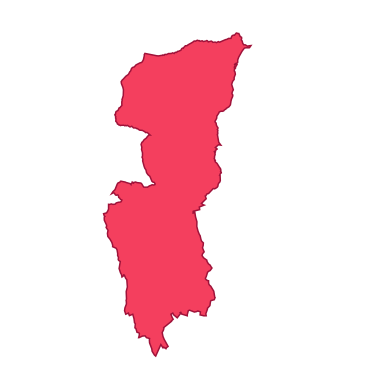 outline of Covasna, Covasna, Romania, rotated 253°
{"feature_id": "2599482B78914670326666", "entity_name": "Covasna", "entity_type": "district", "adm_level": 2, "iso_a3": "ROU", "parent_name": "Romania", "parent_adm1": "Covasna", "projection": "albers", "projection_center": [26.263, 45.799], "detail": "fine", "context": "isolated", "style": "filled", "palette": "rose", "viewbox_px": 384, "rotation_deg": 253, "n_neighbors": 0, "source": "geoboundaries", "source_scale": "gbopen_adm2", "svg_char_len": 6055}
<svg xmlns="http://www.w3.org/2000/svg" viewBox="0 0 384 384"><g transform="rotate(253 192 192)"><path d="M314.8,291.2L315.2,289.0L315.0,288.0L317.2,285.9L317.6,284.6L319.3,284.0L321.8,284.1L323.1,283.6L324.6,284.5L325.5,284.6L326.5,283.6L329.9,283.1L330.1,282.3L331.0,281.2L331.0,280.7L329.5,278.4L329.9,277.6L329.8,276.2L328.7,275.0L327.5,274.2L328.2,271.8L327.8,270.2L327.9,268.5L327.2,262.1L328.1,261.2L327.7,259.0L328.6,258.0L329.0,255.7L330.0,255.2L330.7,254.5L330.8,251.4L331.9,251.1L332.5,250.5L332.3,249.4L332.6,246.8L333.6,246.0L333.8,243.8L334.6,243.3L334.9,242.3L335.6,241.4L335.2,239.4L335.6,238.8L335.7,238.0L335.0,236.3L333.9,231.2L333.4,229.9L333.8,228.4L332.4,226.0L332.0,225.7L332.4,224.9L332.0,224.0L330.8,222.8L330.5,220.2L330.7,219.2L330.0,218.1L330.4,217.2L330.4,216.6L329.7,215.4L330.7,214.3L330.5,212.3L330.9,211.7L331.0,210.6L331.3,210.0L330.9,208.1L331.5,206.3L330.9,205.2L331.6,204.3L331.3,203.7L331.6,202.6L331.9,199.9L332.5,198.3L338.3,187.5L337.3,186.5L336.2,186.2L332.6,184.1L331.0,182.4L330.6,181.4L330.7,180.0L329.9,175.6L328.5,173.4L328.5,171.9L328.3,171.1L327.6,170.1L325.7,168.7L325.0,167.5L323.4,166.0L322.9,165.2L322.1,162.7L319.9,159.0L319.6,158.2L318.2,156.5L316.2,156.2L312.3,156.5L309.7,156.3L304.2,154.4L300.7,152.0L300.0,152.0L298.7,151.2L295.2,150.2L294.4,148.6L293.7,148.0L293.8,147.0L291.6,145.0L291.2,143.1L290.7,142.5L288.9,141.6L288.7,141.0L288.1,141.2L287.7,140.8L286.1,141.1L285.2,140.5L284.3,140.7L281.9,139.8L280.5,140.5L278.8,140.6L278.1,141.5L277.4,141.7L277.0,142.6L276.5,142.9L276.5,143.6L275.8,146.3L274.9,147.2L275.1,148.0L274.5,148.7L274.6,149.7L272.4,151.6L272.3,152.2L272.5,153.4L272.4,153.7L270.4,154.8L269.7,156.9L268.8,157.6L268.5,158.5L267.6,159.0L266.4,160.1L265.4,162.6L263.4,164.5L262.4,165.0L262.0,166.6L258.7,168.6L259.1,167.3L257.5,164.7L257.0,164.3L256.0,161.5L254.4,159.5L254.2,158.7L252.4,157.2L249.5,157.1L247.4,156.2L243.9,156.1L240.7,155.1L240.0,154.4L238.9,154.6L237.0,154.4L236.3,153.9L230.6,153.7L228.6,153.8L226.5,154.4L223.8,154.2L221.5,154.9L219.3,156.3L214.0,156.8L212.7,157.7L212.6,158.2L212.2,158.7L211.5,158.9L210.7,159.1L209.9,158.7L209.9,157.3L210.6,155.9L210.4,155.2L210.3,153.0L209.6,150.7L210.0,149.8L210.3,148.5L210.9,147.2L214.5,146.3L215.5,145.7L217.2,141.9L218.0,141.1L218.1,139.7L217.6,138.6L218.7,138.2L219.0,137.7L218.0,137.1L217.6,136.1L217.0,135.8L218.1,135.3L220.4,131.7L221.0,131.1L223.2,127.1L223.1,126.6L222.3,125.7L222.4,124.5L222.2,123.7L221.3,122.7L216.8,119.1L215.5,116.6L213.9,114.7L214.2,116.3L213.9,117.0L213.5,117.4L211.5,118.0L211.0,118.8L211.0,119.8L210.8,120.3L209.2,120.5L208.2,120.3L207.4,121.0L205.8,121.5L204.9,122.6L204.5,122.4L203.4,121.3L203.4,119.9L203.7,118.7L203.7,116.3L203.0,115.3L202.9,114.5L203.3,112.7L204.2,111.3L204.2,109.4L204.6,108.6L200.1,107.2L198.7,106.1L197.0,104.2L197.1,101.1L195.0,101.1L194.1,101.5L194.0,101.1L193.0,100.5L190.6,99.9L185.4,100.6L184.4,100.4L183.2,99.5L179.9,100.5L177.1,99.0L174.0,98.5L170.8,99.8L167.2,100.6L164.3,100.6L162.9,100.1L160.4,103.0L158.6,103.4L154.7,102.9L153.0,102.3L151.1,102.6L148.9,101.7L148.0,101.9L146.5,103.1L140.1,99.9L135.6,100.0L133.6,100.4L131.2,100.2L131.6,101.5L132.7,102.4L132.3,103.0L129.1,103.3L127.1,104.0L120.0,102.4L116.1,100.0L108.9,98.1L107.3,97.2L106.5,97.2L104.0,96.5L100.8,94.0L98.2,92.8L94.5,92.9L94.8,95.8L92.1,96.0L92.4,99.6L87.8,99.5L83.8,98.8L82.6,99.3L78.8,97.7L77.9,98.4L73.9,98.4L73.0,99.9L72.1,100.3L70.3,99.6L68.3,98.4L68.2,98.8L68.7,102.4L68.2,105.0L66.0,105.9L64.3,108.6L63.1,108.0L60.1,107.3L53.9,107.7L51.3,107.3L47.1,108.4L45.7,109.3L55.2,117.6L51.6,118.6L51.9,119.5L51.3,119.7L51.4,119.9L51.0,120.1L50.6,120.9L49.8,121.3L50.6,122.1L51.3,124.0L59.2,122.3L62.4,122.0L66.3,122.4L68.4,124.4L70.2,125.4L70.6,125.3L74.3,134.5L74.6,134.4L75.8,136.8L77.9,136.3L81.3,136.1L81.8,138.2L80.0,138.5L76.0,141.1L79.3,145.7L80.1,145.4L80.2,146.1L78.3,146.4L75.0,151.3L76.1,151.6L79.6,153.8L79.7,155.1L76.5,159.2L76.3,161.5L76.5,162.8L74.9,165.0L72.1,163.8L70.1,167.2L69.5,169.4L71.5,169.6L75.3,172.4L76.3,172.8L78.1,175.9L82.1,177.8L82.6,178.4L82.5,181.8L84.3,183.2L84.6,183.0L90.8,183.8L96.4,182.4L97.8,181.5L98.8,181.2L100.2,181.3L102.3,181.9L102.6,181.2L103.7,180.1L105.0,179.5L105.8,179.7L106.8,180.8L110.7,183.4L111.3,184.7L111.6,186.4L113.4,188.8L114.0,188.8L114.6,188.4L116.7,188.0L118.5,186.7L121.5,186.0L122.4,186.3L125.6,183.9L128.2,183.0L129.8,184.0L131.2,186.1L135.5,185.7L137.7,187.1L140.0,188.0L142.2,186.8L144.1,186.7L147.9,187.0L149.3,186.6L152.8,186.3L157.6,186.5L162.1,188.0L167.1,188.1L171.4,188.7L171.5,186.9L172.8,187.3L172.9,188.6L173.2,188.4L172.9,194.2L175.5,194.6L175.9,199.8L176.6,198.9L178.3,197.7L181.4,203.6L184.3,203.5L184.4,204.1L185.9,206.0L185.7,207.4L189.1,213.3L188.4,214.6L188.8,216.4L189.3,217.7L190.3,218.7L190.9,218.8L191.6,219.2L192.7,220.2L193.3,221.4L194.6,222.4L199.6,223.7L199.9,223.3L201.6,224.8L201.7,225.6L202.4,225.8L203.3,225.3L204.6,226.1L205.4,225.8L206.1,226.1L207.5,225.5L212.1,224.3L213.7,223.2L215.4,223.0L215.5,223.5L217.4,223.0L217.8,223.4L219.3,223.9L221.1,225.1L222.2,225.2L222.7,225.7L223.1,225.4L223.7,225.9L224.1,225.3L224.3,225.6L224.0,226.2L224.2,226.5L225.5,227.4L225.6,228.5L225.9,228.6L227.7,227.3L229.4,231.1L228.4,233.3L231.7,232.1L239.8,233.1L240.0,233.6L241.1,234.0L241.9,233.9L243.1,234.7L244.4,234.5L244.9,235.2L246.0,235.6L247.2,235.1L248.9,234.9L250.9,235.2L252.0,234.6L252.9,234.7L255.2,237.1L257.4,238.0L259.5,240.6L260.4,241.2L260.7,242.5L260.7,243.6L260.3,244.5L260.3,246.0L261.1,247.1L261.3,248.5L261.9,249.2L262.7,252.3L264.1,254.2L267.6,255.9L269.4,257.0L271.4,258.8L271.9,258.8L272.7,259.4L274.2,259.0L275.0,259.2L276.7,260.4L277.6,261.4L283.4,261.4L286.0,263.3L287.3,265.2L289.2,265.8L291.9,267.9L294.3,268.2L295.4,267.8L297.5,268.8L299.1,269.0L299.3,269.3L297.6,268.9L297.4,269.3L297.7,269.8L298.8,270.2L300.8,272.4L301.4,272.1L301.5,271.5L301.1,270.1L301.5,270.0L302.1,271.1L302.1,272.8L302.6,273.6L304.9,274.3L307.3,276.1L311.9,280.9L314.2,284.0L314.3,284.3L314.1,285.9L313.3,288.4L313.2,289.2L314.8,291.2Z" fill="#f43f5e" stroke="#9f1239" stroke-width="1.5"/></g></svg>